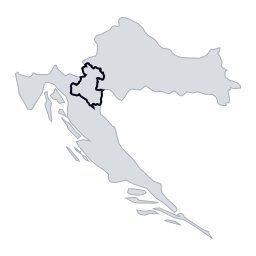 where Karlovacka sits in Croatia
{"feature_id": "HRV-1583", "entity_name": "Karlovacka", "entity_type": "County", "adm_level": 1, "iso_a3": "HRV", "parent_name": "Croatia", "parent_adm1": "", "projection": "orthographic", "projection_center": [15.498, 45.287], "detail": "fine", "context": "in_parent", "style": "outline", "palette": "ink", "viewbox_px": 256, "rotation_deg": 0, "n_neighbors": 0, "source": "natural_earth", "source_scale": "10m", "svg_char_len": 6285}
<svg xmlns="http://www.w3.org/2000/svg" viewBox="0 0 256 256"><path d="M17.7,72.1L19.1,74.3L29.1,77.2L31.3,76.1L32.6,74.3L32.7,73.2L33.5,72.9L37.0,74.6L47.9,74.6L50.1,73.3L54.3,65.8L55.6,65.1L56.5,65.5L57.1,67.7L58.6,69.8L64.1,75.0L66.1,75.6L68.1,74.2L70.2,73.8L76.2,76.6L81.2,77.1L84.9,75.7L83.1,71.6L82.8,69.6L83.1,67.8L85.6,66.0L85.5,65.2L82.4,62.0L82.6,61.2L89.3,57.7L95.8,55.7L96.8,54.2L97.7,47.6L97.3,44.0L94.7,40.7L94.5,39.1L95.2,37.3L96.2,35.7L101.8,33.9L109.9,30.0L112.3,26.4L113.8,25.8L118.4,26.3L119.3,25.4L118.7,20.2L119.5,18.9L121.8,17.4L125.8,17.9L129.1,19.2L137.9,23.6L142.6,27.8L145.3,32.4L148.8,35.9L153.3,38.4L156.8,41.8L159.5,46.1L163.2,48.5L167.9,48.9L170.9,50.3L172.2,52.8L174.7,54.9L178.6,56.8L184.6,57.8L199.6,58.2L206.2,55.6L210.9,49.4L213.1,49.7L219.9,47.7L219.6,51.3L217.7,53.0L219.9,56.6L222.2,62.6L221.2,65.7L222.6,67.9L227.0,70.1L225.8,70.8L224.9,72.9L225.0,76.5L228.5,79.7L237.7,83.0L240.5,85.9L240.6,87.2L240.2,88.1L233.2,88.7L230.5,87.3L230.3,89.7L227.8,90.6L229.6,99.5L229.2,102.0L228.3,102.9L226.3,102.6L225.8,103.4L226.3,105.3L223.8,105.6L219.7,104.8L217.8,103.2L217.3,99.8L215.9,97.2L212.6,94.5L205.9,94.3L198.0,92.0L192.3,93.0L186.9,91.9L182.3,95.6L180.0,95.6L175.1,91.4L173.7,91.1L169.7,93.5L168.0,93.6L161.1,91.4L158.6,91.1L156.7,91.9L153.4,91.1L145.4,85.6L140.6,90.0L130.6,89.1L127.7,92.1L124.3,97.8L121.6,100.5L119.2,99.6L116.3,97.1L111.3,90.7L108.8,89.6L105.9,89.4L103.4,90.1L102.1,91.4L100.2,108.9L100.2,113.9L105.8,118.4L112.4,126.2L114.5,127.1L115.5,129.7L118.9,143.7L122.3,148.6L133.8,160.0L138.8,167.3L153.6,181.3L160.1,183.7L161.2,185.0L161.3,190.5L162.1,192.6L166.5,198.3L175.6,206.6L176.7,208.5L177.0,209.9L176.4,211.1L174.2,212.3L163.8,202.9L155.7,197.9L146.6,188.2L134.5,184.5L126.3,180.2L116.0,182.4L112.6,182.4L110.2,181.7L108.5,179.0L108.4,174.2L103.7,169.9L97.2,165.8L91.0,160.5L78.8,146.2L76.3,141.6L82.6,139.8L89.9,140.8L82.1,134.7L70.9,122.7L67.6,117.0L67.3,110.9L68.2,102.6L66.2,96.6L57.8,88.8L54.7,84.7L48.4,82.2L45.6,82.4L43.9,85.4L42.5,92.1L31.8,109.5L27.8,109.3L23.4,100.9L19.2,94.4L18.3,87.7L15.4,74.0L17.7,72.1ZM208.8,231.8L208.9,233.8L212.3,238.6L197.6,228.2L183.9,219.7L174.3,217.8L161.1,211.0L152.6,208.6L159.5,207.9L179.8,216.9L177.5,214.4L180.4,213.4L182.8,214.0L184.5,217.1L196.0,225.1L203.4,229.8L208.8,231.8ZM51.9,119.4L51.5,121.5L49.2,118.8L48.1,114.0L45.2,106.2L44.9,104.0L46.5,101.9L46.4,99.7L44.4,92.9L46.2,91.8L47.2,91.7L47.6,96.4L48.5,99.1L51.3,102.5L50.6,108.0L51.1,115.8L51.9,119.4ZM64.5,102.3L59.7,103.4L57.5,101.3L56.9,99.6L53.0,99.0L50.2,95.5L53.6,92.9L55.4,88.7L61.8,97.4L64.5,102.3ZM142.0,194.9L135.8,195.1L130.3,194.2L127.6,192.5L128.6,188.7L134.6,188.9L143.9,190.5L146.2,192.4L145.5,193.3L142.0,194.9ZM158.4,202.5L155.6,203.1L137.9,203.0L132.8,201.9L125.8,198.2L131.6,197.3L136.9,198.0L138.6,200.1L158.4,202.5ZM78.9,137.3L77.9,138.7L68.2,129.0L67.2,125.8L62.4,119.3L61.7,117.5L66.1,121.8L67.7,122.2L71.9,126.4L76.0,131.8L80.9,136.5L78.9,137.3ZM136.9,209.9L144.3,211.3L149.6,210.5L154.5,211.3L158.4,213.8L150.0,213.4L144.9,215.2L140.5,214.4L138.7,213.3L137.5,211.9L136.9,209.9ZM78.8,159.8L79.3,161.1L76.8,160.6L67.3,148.7L66.2,146.3L69.6,149.1L78.8,159.8ZM62.3,109.5L66.2,116.6L62.5,114.4L59.3,113.5L58.6,111.9L59.8,109.2L62.3,109.5ZM175.3,221.5L180.8,225.1L164.7,220.6L168.2,219.9L175.3,221.5ZM86.0,157.0L88.6,161.1L86.1,160.2L83.5,157.7L82.0,155.0L86.0,157.0ZM80.5,152.2L81.1,154.1L76.3,150.5L74.1,147.0L80.5,152.2Z" fill="#d9dde1" stroke="#a8b0b8" stroke-width="1"/><path d="M102.7,90.4L102.3,90.8L101.8,92.0L101.8,92.4L102.0,95.6L101.8,96.5L100.9,98.8L100.9,99.8L101.3,101.5L101.2,102.4L100.3,104.1L100.1,104.7L99.7,105.0L99.2,105.0L99.0,104.8L98.9,104.8L98.3,104.6L97.4,104.0L97.2,104.0L96.4,104.6L96.1,104.8L95.6,105.0L95.3,105.0L94.5,104.2L93.6,103.9L93.3,103.8L93.1,103.9L92.7,104.5L92.4,104.8L92.3,105.1L92.4,105.3L92.5,105.6L93.5,107.0L93.6,107.7L92.1,106.5L91.9,106.2L91.7,105.8L91.5,105.6L91.2,105.5L90.8,105.4L90.2,105.5L89.8,105.4L89.7,105.3L89.5,104.9L89.3,104.6L89.0,103.6L88.9,103.4L88.7,103.2L88.0,102.6L87.5,102.1L87.3,101.8L86.6,100.0L86.4,99.8L86.3,99.7L81.1,96.5L80.9,96.3L80.7,96.1L80.5,95.8L80.3,95.6L80.0,95.3L79.8,95.0L79.6,94.8L79.5,94.5L79.3,94.3L79.2,94.2L78.9,94.4L77.9,95.3L76.7,95.4L72.1,94.3L70.7,92.9L70.7,92.7L70.8,92.4L70.9,92.2L71.1,92.1L71.1,91.8L71.2,89.0L71.3,87.9L71.3,87.7L71.1,87.4L71.0,87.0L70.8,86.5L70.8,86.2L71.0,85.9L71.1,85.7L71.2,85.2L71.5,84.5L71.7,84.1L73.0,83.2L73.4,83.2L73.7,83.5L74.2,83.8L75.3,84.1L75.7,84.4L75.9,84.6L76.0,84.8L76.4,85.1L76.5,85.1L77.1,84.3L77.2,84.1L77.3,83.9L78.6,83.4L78.8,83.2L78.9,82.9L78.9,82.5L78.9,82.3L79.0,82.1L79.2,81.9L80.0,81.2L80.4,80.7L80.7,79.6L80.8,79.1L80.9,78.8L80.9,78.6L80.9,78.3L80.8,77.9L80.7,77.5L80.6,77.3L82.7,76.6L83.9,76.6L84.4,76.5L84.7,76.2L85.4,75.2L85.8,74.9L83.8,73.6L83.3,72.6L83.0,71.5L82.8,70.1L82.7,70.0L82.5,69.4L82.3,68.8L82.2,68.4L82.7,68.1L83.0,67.9L83.1,67.5L83.3,67.1L84.4,66.7L84.9,66.4L85.5,66.3L86.2,66.3L86.0,65.8L85.4,64.8L85.3,64.7L85.9,64.3L86.6,63.5L88.0,63.3L88.4,63.3L88.6,63.5L88.8,63.7L89.1,64.2L89.6,64.8L90.1,65.1L91.3,65.7L91.5,65.9L91.6,66.0L91.5,66.4L91.5,66.5L92.2,67.4L93.2,68.2L93.6,68.4L93.9,68.3L94.3,67.7L94.6,67.3L94.9,67.2L95.3,67.1L95.6,67.2L95.9,67.3L97.3,68.2L98.3,68.4L98.7,68.5L99.0,68.7L99.5,69.0L99.9,69.1L100.0,69.0L100.3,68.6L100.5,68.7L100.7,69.7L100.6,70.0L100.3,70.5L100.2,70.7L100.2,70.9L100.8,71.4L101.0,71.7L101.7,72.7L101.9,72.8L102.1,72.8L102.5,72.7L103.0,72.6L103.5,74.7L103.7,75.0L103.9,75.4L104.1,75.7L104.1,76.0L104.0,76.3L103.9,76.5L103.8,76.9L103.9,77.3L103.8,77.6L103.5,78.4L103.4,78.9L103.3,79.2L103.1,79.4L102.3,79.7L102.0,79.7L101.8,79.6L101.6,79.5L101.2,79.2L100.9,78.9L100.6,78.7L100.3,78.7L99.9,78.8L99.7,78.7L99.5,78.3L99.3,78.2L98.8,78.2L97.8,78.0L97.3,78.1L97.1,78.3L97.0,78.5L97.5,79.0L97.6,79.4L97.4,80.3L97.4,80.6L97.4,80.8L97.5,81.0L97.7,81.3L97.8,81.6L98.0,81.9L98.0,82.0L97.9,82.1L97.3,82.6L97.2,82.9L97.3,83.1L97.3,83.4L97.4,83.7L97.4,84.0L97.3,84.4L97.3,84.7L97.1,85.3L97.0,85.6L97.1,85.9L97.1,86.1L97.2,86.3L97.2,86.5L96.7,87.1L96.5,87.5L96.3,87.9L96.1,88.1L96.1,88.3L96.1,88.5L96.1,88.8L96.2,89.3L96.3,89.5L98.9,90.2L99.0,90.2L99.3,89.9L99.6,89.8L100.1,89.8L100.4,89.8L100.5,89.9L101.0,89.7L101.3,89.8L101.5,89.9L101.8,89.9L102.0,89.9L102.6,90.4L102.7,90.4Z" fill="none" stroke="#020617" stroke-width="2"/></svg>